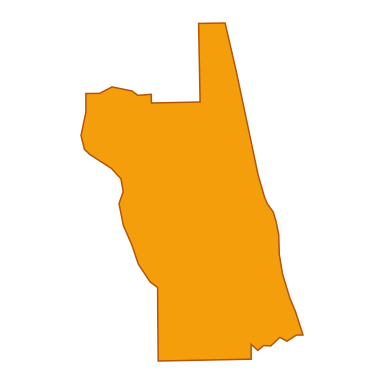 St. Johns, Florida, United States of America (orthographic projection)
{"feature_id": "52423323B76675634203570", "entity_name": "St. Johns", "entity_type": "district", "adm_level": 2, "iso_a3": "USA", "parent_name": "United States of America", "parent_adm1": "Florida", "projection": "orthographic", "projection_center": [-81.441, 29.938], "detail": "fine", "context": "isolated", "style": "filled", "palette": "amber", "viewbox_px": 384, "rotation_deg": 0, "n_neighbors": 0, "source": "geoboundaries", "source_scale": "gbopen_adm2", "svg_char_len": 726}
<svg xmlns="http://www.w3.org/2000/svg" viewBox="0 0 384 384"><path d="M85.9,93.5L85.9,112.1L81.0,135.5L84.5,149.5L90.0,154.6L111.4,168.4L120.9,178.7L123.2,191.7L119.0,203.7L123.3,225.3L130.5,241.9L131.6,244.2L138.4,264.2L150.1,281.9L157.6,287.5L157.7,307.8L158.2,361.0L251.2,359.2L251.1,344.3L257.8,350.4L263.5,345.6L270.8,345.9L279.8,337.4L287.0,341.2L296.3,335.1L303.0,335.0L295.4,311.4L289.9,298.3L282.5,273.9L279.9,258.1L279.4,255.3L279.3,254.7L279.0,243.5L278.7,234.5L276.0,221.2L273.2,211.9L267.4,204.0L264.4,196.8L258.1,174.9L236.3,71.5L225.1,23.0L201.5,23.4L198.6,23.4L200.1,102.0L151.4,103.0L151.3,94.3L138.0,95.4L131.9,91.0L112.0,86.9L99.6,93.4L85.9,93.5Z" fill="#f59e0b" stroke="#b45309" stroke-width="1.5"/></svg>